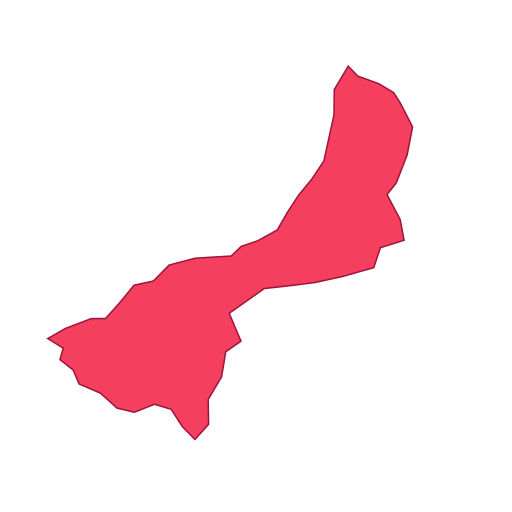 Karavostasi, Cyprus (Robinson projection), rotated 312°
{"feature_id": "46923920B41676558074930", "entity_name": "Karavostasi", "entity_type": "district", "adm_level": 2, "iso_a3": "CYP", "parent_name": "Cyprus", "parent_adm1": "", "projection": "robinson", "projection_center": [32.819, 35.141], "detail": "fine", "context": "isolated", "style": "filled", "palette": "rose", "viewbox_px": 512, "rotation_deg": 312, "n_neighbors": 0, "source": "geoboundaries", "source_scale": "gbopen_adm2", "svg_char_len": 864}
<svg xmlns="http://www.w3.org/2000/svg" viewBox="0 0 512 512"><g transform="rotate(312 256 256)"><path d="M182.7,301.8L195.5,274.4L237.3,283.9L258.7,302.9L275.8,317.6L299.4,334.5L311.4,342.0L326.1,351.3L345.4,342.9L366.8,355.5L379.6,338.7L389.3,312.3L404.3,311.3L432.1,300.8L456.7,286.0L466.3,260.7L469.5,249.1L466.3,232.3L457.8,211.2L458.8,197.5L432.1,202.8L412.8,219.7L392.5,231.2L372.1,242.8L350.7,246.0L329.3,247.0L309.0,250.2L289.7,254.4L268.3,247.0L253.3,238.6L239.4,237.6L224.4,222.8L213.7,212.3L200.9,203.9L191.2,197.5L168.8,196.5L152.7,184.9L129.2,186.0L108.8,186.0L99.2,175.4L74.6,162.8L55.3,156.5L58.5,174.4L47.8,179.6L48.9,196.5L42.5,210.2L50.0,232.3L49.9,254.4L58.5,270.2L77.8,279.7L85.3,295.5L79.9,315.5L78.8,333.4L99.2,333.4L117.4,316.5L143.1,311.3L154.8,303.9L164.5,297.6L182.7,301.8Z" fill="#f43f5e" stroke="#9f1239" stroke-width="1.5"/></g></svg>